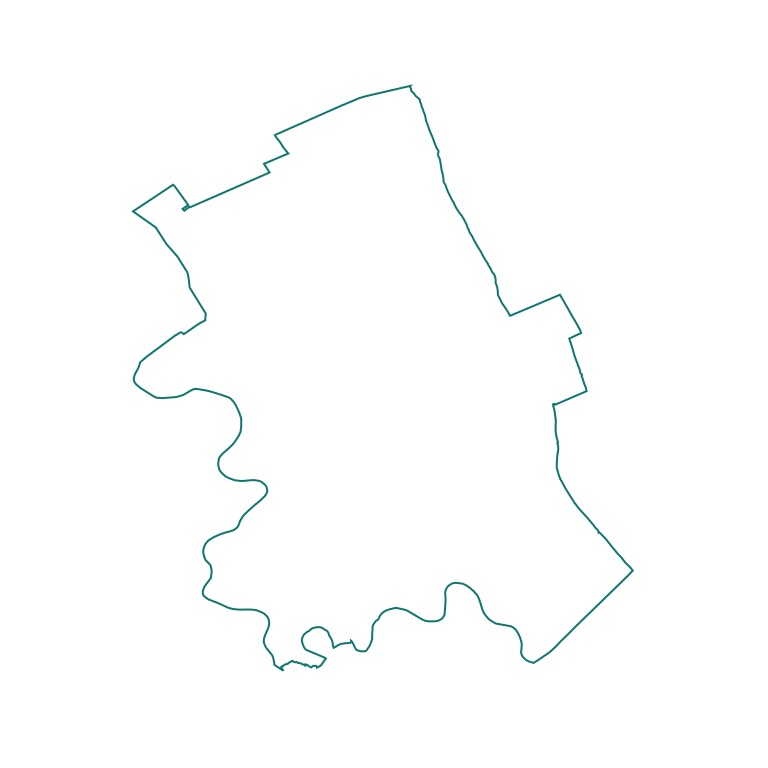 Candesti, Botosani, Romania (Robinson projection), rotated 9°
{"feature_id": "2599482B64349718392077", "entity_name": "Candesti", "entity_type": "district", "adm_level": 2, "iso_a3": "ROU", "parent_name": "Romania", "parent_adm1": "Botosani", "projection": "robinson", "projection_center": [26.21, 47.926], "detail": "fine", "context": "isolated", "style": "outline", "palette": "teal", "viewbox_px": 768, "rotation_deg": 9, "n_neighbors": 0, "source": "geoboundaries", "source_scale": "gbopen_adm2", "svg_char_len": 6151}
<svg xmlns="http://www.w3.org/2000/svg" viewBox="0 0 768 768"><g transform="rotate(9 384 384)"><path d="M575.4,636.0L579.4,632.6L589.6,623.0L594.9,616.3L599.3,609.8L605.2,602.0L610.0,595.2L643.1,551.0L654.4,535.9L658.9,529.4L655.6,526.4L650.4,522.7L644.9,517.7L641.5,515.2L631.5,506.3L627.3,502.3L619.6,496.6L619.2,497.0L619.1,496.5L618.8,495.9L617.7,494.7L615.3,492.9L612.2,489.9L605.7,484.3L596.2,476.7L590.7,471.5L580.1,459.4L574.5,452.1L573.7,451.3L572.9,450.1L570.9,446.7L569.0,442.3L568.0,440.4L567.7,439.4L567.0,434.8L566.8,431.7L566.4,428.4L566.3,421.5L566.2,420.2L565.3,417.0L564.4,415.1L565.0,414.5L562.8,409.6L561.8,406.8L560.7,403.2L560.6,400.8L560.0,398.8L559.9,396.6L559.4,393.0L556.8,384.4L555.9,381.9L554.8,379.8L554.2,377.6L555.6,377.0L556.2,377.7L585.2,359.4L583.7,355.6L581.7,352.5L579.0,346.9L577.9,345.3L578.1,344.5L578.0,343.7L576.6,342.9L576.3,342.4L575.3,339.8L573.7,336.6L573.1,336.2L571.6,333.1L569.8,330.1L566.7,324.2L565.6,321.5L559.9,310.1L570.7,302.8L569.3,300.1L563.9,293.1L559.2,287.5L550.2,276.1L543.8,268.3L497.9,296.9L497.3,296.3L495.1,293.4L491.8,289.7L487.8,285.6L483.0,278.7L482.4,277.6L482.1,275.4L480.7,270.7L478.5,266.7L478.3,266.0L478.1,263.9L477.3,261.4L476.6,260.0L475.4,258.3L473.6,256.7L472.1,254.7L471.4,253.6L468.5,250.3L467.8,249.0L466.3,247.2L465.5,246.6L461.1,241.2L458.9,238.0L455.1,233.8L453.5,231.7L450.7,228.3L448.1,224.5L444.7,220.7L444.0,219.2L442.2,216.7L440.4,213.2L438.3,210.5L437.2,208.8L436.0,207.6L434.5,205.6L431.9,203.4L428.2,199.3L425.7,196.0L424.8,194.4L421.7,190.7L417.9,185.2L416.4,183.0L413.5,177.8L411.2,175.1L410.8,172.7L409.7,169.2L408.9,167.0L407.4,163.6L405.5,157.5L403.8,152.9L402.3,150.9L401.4,148.8L401.2,148.1L401.6,146.4L401.3,145.3L400.4,144.1L399.2,142.9L397.2,139.7L392.7,131.7L391.7,130.3L388.5,124.9L387.0,122.0L384.2,117.1L383.1,113.7L381.5,110.4L380.5,108.9L379.1,106.1L377.9,104.3L377.3,102.6L374.9,98.5L374.8,97.4L373.7,96.6L370.3,94.6L368.8,93.2L367.6,91.8L365.7,90.9L365.1,90.2L364.8,89.7L364.7,88.3L363.2,86.6L363.2,86.0L363.5,85.4L322.7,101.9L317.5,104.2L314.9,105.5L298.4,115.7L237.4,155.1L238.3,156.6L244.3,162.2L247.3,165.9L253.4,171.3L231.0,185.3L237.9,193.0L164.8,239.8L164.1,239.4L159.7,244.1L157.7,242.6L162.6,237.8L146.2,221.3L144.5,220.2L109.1,252.8L134.0,265.0L147.4,280.0L160.1,290.5L172.3,304.5L174.2,309.2L177.0,319.2L196.9,342.3L197.4,349.2L193.1,352.3L189.0,356.0L178.5,366.1L176.1,364.8L174.6,365.0L171.9,367.5L170.5,368.4L145.3,394.2L139.7,400.8L139.3,404.6L138.9,406.4L136.8,412.3L136.2,414.6L136.0,417.5L136.2,418.9L137.1,420.8L137.7,421.6L139.5,423.3L144.2,426.1L157.8,432.0L159.5,432.6L161.7,433.1L167.0,432.7L180.7,429.4L185.8,427.1L187.7,426.0L195.1,420.0L196.3,419.2L197.6,418.6L199.7,418.2L201.7,418.1L211.0,418.3L214.1,418.6L225.5,420.2L232.7,421.6L234.4,422.2L235.5,422.9L238.3,425.2L240.9,428.0L244.0,432.6L245.9,435.7L248.0,439.6L248.4,440.6L249.6,448.0L249.8,453.8L248.4,458.6L246.5,462.7L244.9,465.8L243.6,468.0L241.4,470.9L235.5,478.0L234.2,479.9L233.0,482.3L232.6,484.1L232.7,488.6L233.2,490.6L234.5,493.8L236.1,495.9L237.4,497.0L241.0,499.5L243.1,500.4L245.4,501.2L251.6,502.4L257.1,502.2L259.4,501.9L270.1,499.3L274.4,499.2L276.2,499.3L277.5,499.6L279.4,500.4L282.5,502.3L283.9,503.9L285.2,506.6L285.4,507.8L285.4,509.0L285.2,510.2L284.9,511.2L283.7,513.5L280.3,518.1L274.9,524.2L269.3,531.1L266.4,534.9L265.2,537.0L263.4,541.4L262.2,547.0L261.8,547.8L260.6,549.7L257.9,552.1L254.2,554.0L251.6,555.0L246.0,557.9L240.1,561.7L235.6,565.5L234.5,566.8L232.8,569.7L232.4,570.8L231.8,572.9L231.5,576.2L231.8,578.6L232.6,580.7L233.5,582.8L234.9,585.2L235.8,586.2L240.3,589.5L241.0,590.3L241.5,591.4L242.8,594.7L243.1,596.2L243.4,602.6L239.3,610.3L238.5,612.1L237.5,615.8L237.5,617.5L237.6,618.6L238.5,620.6L239.4,621.6L242.3,623.3L244.3,624.2L254.6,626.4L264.2,629.1L266.8,629.6L269.9,629.8L273.8,629.7L276.7,629.4L288.3,627.5L292.9,627.4L294.1,627.5L299.3,628.7L301.0,629.3L302.4,630.1L305.2,632.2L306.1,633.3L307.0,634.8L308.0,637.8L308.1,640.7L307.9,642.8L306.1,649.8L305.3,653.9L305.4,656.4L305.9,658.2L306.5,659.5L307.7,661.4L308.8,662.9L315.8,669.2L316.9,670.9L318.2,673.7L319.8,678.6L327.7,682.2L328.8,682.6L329.0,682.5L328.7,682.0L328.1,681.5L326.9,680.0L326.7,679.6L326.8,679.4L328.4,678.2L329.9,676.6L332.7,675.5L333.2,674.6L336.7,671.8L337.0,671.8L338.1,672.5L339.1,672.7L340.1,672.7L341.3,672.3L343.0,673.0L344.1,672.8L345.7,673.0L347.3,673.6L349.2,673.9L350.3,674.6L350.6,674.5L350.7,674.2L350.4,673.2L351.2,673.2L352.6,673.7L355.7,675.3L356.6,675.2L357.6,673.9L358.4,673.4L361.0,673.0L361.4,673.3L362.2,674.7L365.7,671.9L369.0,665.3L369.5,664.3L367.9,663.5L348.2,658.6L345.9,656.2L343.2,651.3L342.9,647.5L344.1,644.2L344.7,643.2L347.2,640.6L348.4,639.8L350.1,637.8L351.3,636.6L354.2,635.2L357.1,634.4L359.3,634.3L361.0,634.5L363.5,635.7L366.2,636.7L366.8,637.1L368.0,638.5L368.3,638.9L368.9,640.7L370.5,642.3L372.7,645.3L373.7,647.3L374.0,649.0L375.0,651.5L375.5,652.4L376.4,651.9L379.7,649.0L382.3,647.4L386.7,646.0L389.8,645.3L391.2,644.9L391.9,644.0L391.6,642.7L392.1,643.0L394.3,645.5L395.7,647.8L397.1,649.5L397.8,650.6L400.2,651.4L402.8,651.6L406.0,651.2L407.4,650.8L408.2,650.2L410.5,645.5L411.4,642.3L411.7,640.4L412.2,638.2L411.2,630.6L411.2,628.7L410.7,626.1L410.7,625.4L411.0,623.7L411.2,622.9L413.0,619.4L413.5,618.8L414.9,617.8L415.2,617.4L415.9,614.6L416.6,612.8L417.7,611.1L419.2,609.3L420.9,607.8L422.7,606.7L425.4,605.4L430.2,603.4L432.9,603.3L439.6,603.7L442.7,604.3L458.0,610.4L460.5,611.1L462.6,611.5L465.3,611.4L471.2,610.5L473.0,610.0L474.6,609.3L476.6,607.9L477.7,606.8L478.5,605.7L479.2,604.5L479.9,602.3L479.3,594.7L478.5,586.7L477.4,582.4L477.0,579.9L477.4,576.8L477.8,575.8L478.7,574.0L480.2,572.2L482.1,570.7L484.0,569.6L486.6,569.1L492.9,568.9L496.7,570.0L500.5,571.8L504.9,574.5L508.7,577.7L510.0,579.2L511.4,581.3L513.6,585.4L515.2,588.9L516.5,591.4L518.0,593.9L519.8,596.0L524.1,599.7L526.4,600.9L531.3,602.9L532.3,603.1L547.1,603.4L549.8,604.3L552.1,605.7L553.3,606.8L555.8,609.7L558.0,613.1L560.1,617.5L560.7,619.3L561.0,621.7L561.4,627.7L561.8,628.9L562.8,630.5L564.4,632.3L566.1,633.5L568.3,634.7L571.2,635.5L575.4,636.0Z" fill="none" stroke="#0f766e" stroke-width="2"/></g></svg>